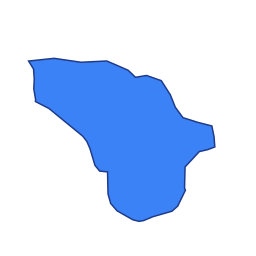 outline of María Trinidad Sánchez, rotated 163°
{"feature_id": "DOM-1982", "entity_name": "María Trinidad Sánchez", "entity_type": "Province", "adm_level": 1, "iso_a3": "DOM", "parent_name": "Dominican Republic", "parent_adm1": "", "projection": "albers", "projection_center": [-69.986, 19.439], "detail": "fine", "context": "isolated", "style": "filled", "palette": "blue", "viewbox_px": 256, "rotation_deg": 163, "n_neighbors": 0, "source": "natural_earth", "source_scale": "10m", "svg_char_len": 641}
<svg xmlns="http://www.w3.org/2000/svg" viewBox="0 0 256 256"><g transform="rotate(163 128 128)"><path d="M91.3,51.7L103.3,38.8L110.2,35.6L130.4,35.9L140.2,34.9L144.7,35.5L150.2,38.8L162.7,52.0L166.6,60.9L166.4,70.7L160.4,92.0L167.7,95.1L170.5,101.9L170.4,119.5L171.3,127.2L173.6,133.3L197.9,169.8L208.8,180.4L208.0,182.4L206.7,192.8L203.3,202.4L201.1,212.0L203.5,221.1L178.2,216.2L153.7,204.6L128.7,198.3L111.0,183.2L106.0,174.3L94.9,172.8L82.3,163.5L77.8,147.3L76.7,134.0L72.4,121.8L60.1,113.3L47.2,105.4L48.3,94.4L50.5,84.5L58.2,84.0L66.7,84.6L84.8,74.1L91.5,54.0L91.3,51.7Z" fill="#3b82f6" stroke="#1e3a8a" stroke-width="1.5"/></g></svg>